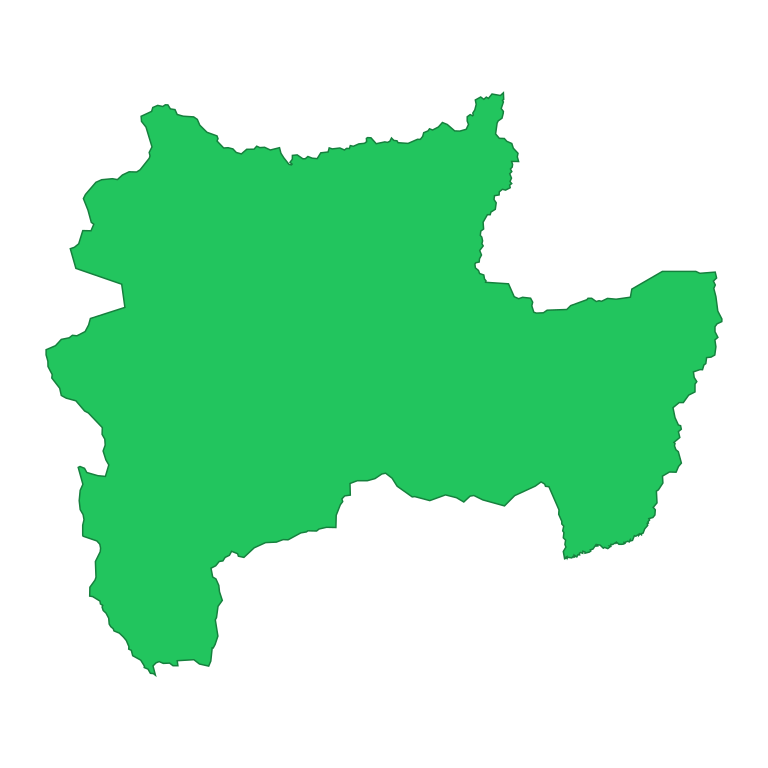 outline of Sunyani West, Brong Ahafo, Ghana
{"feature_id": "2480657B93462158202754", "entity_name": "Sunyani West", "entity_type": "district", "adm_level": 2, "iso_a3": "GHA", "parent_name": "Ghana", "parent_adm1": "Brong Ahafo", "projection": "orthographic", "projection_center": [-2.305, 7.424], "detail": "fine", "context": "isolated", "style": "filled", "palette": "green", "viewbox_px": 768, "rotation_deg": 0, "n_neighbors": 0, "source": "geoboundaries", "source_scale": "gbopen_adm2", "svg_char_len": 6069}
<svg xmlns="http://www.w3.org/2000/svg" viewBox="0 0 768 768"><path d="M503.4,92.8L500.4,95.5L492.0,94.0L488.4,98.4L486.3,97.1L483.8,99.3L480.7,97.0L475.3,100.0L476.2,104.4L474.8,109.9L472.8,113.1L473.3,115.0L472.6,115.8L470.2,114.6L467.2,116.8L467.2,121.0L468.5,124.4L466.2,129.3L459.8,131.1L454.7,130.9L447.3,124.5L442.4,122.5L438.4,127.0L432.6,130.0L429.5,128.8L428.0,130.9L423.7,132.7L422.7,136.4L420.3,139.4L417.5,139.3L408.1,143.4L398.1,142.7L397.0,140.8L393.8,140.4L391.5,138.0L389.8,141.3L387.5,142.4L384.8,141.9L376.2,143.7L371.0,137.8L367.6,137.6L366.4,138.4L366.6,141.7L364.5,143.3L358.8,143.9L353.3,146.3L350.3,145.6L349.4,148.5L346.5,148.4L344.5,150.0L339.9,148.0L332.3,148.9L329.2,147.9L328.1,152.0L320.8,152.8L317.2,158.6L312.3,158.2L307.9,156.5L305.3,158.7L302.9,158.8L297.2,154.9L292.4,155.4L292.3,159.3L290.0,162.3L292.1,164.1L291.4,164.9L289.0,164.4L283.8,157.8L280.9,153.2L279.5,147.7L270.3,150.0L264.6,147.3L259.8,147.6L256.7,146.2L254.0,149.2L246.7,149.3L241.4,153.9L236.3,152.5L232.9,148.9L228.1,147.7L223.7,148.0L217.0,141.0L218.0,138.7L217.0,135.9L207.0,132.3L199.8,125.2L197.3,119.4L193.7,116.9L183.2,116.2L177.2,114.5L175.0,109.6L170.4,108.9L167.9,104.9L165.3,104.8L162.8,106.5L157.7,105.4L152.8,107.5L151.6,111.4L141.1,116.3L141.5,121.4L146.0,127.1L152.0,146.9L149.2,152.4L150.0,155.9L149.3,158.2L140.1,169.8L136.6,172.0L129.1,171.8L122.4,175.0L117.4,179.6L112.4,178.7L101.7,179.7L95.9,182.3L85.5,194.4L83.4,198.6L88.0,210.2L91.3,222.4L93.8,224.2L91.0,230.8L82.8,230.6L78.7,243.8L74.4,247.3L70.3,248.7L75.9,268.4L121.7,284.2L124.9,307.4L90.4,318.5L88.6,325.0L85.1,331.6L76.9,335.8L72.4,335.3L69.2,337.8L61.3,339.4L55.5,345.7L46.1,349.7L46.1,354.9L47.9,361.3L48.0,366.5L52.2,374.6L51.8,378.0L59.7,388.2L61.3,395.5L66.3,398.2L75.9,400.8L84.6,411.0L88.3,412.9L102.3,427.6L102.1,434.4L104.8,439.1L105.2,445.1L103.1,451.0L105.9,459.9L108.8,464.9L105.4,476.4L97.9,475.7L86.8,472.5L84.5,468.3L80.0,466.5L78.2,467.4L82.9,484.3L80.2,490.3L79.2,500.6L80.2,509.6L83.1,514.6L84.0,519.7L82.7,525.2L82.7,535.3L83.1,536.2L96.8,540.9L99.8,544.2L100.6,548.2L100.2,551.8L95.4,561.5L96.0,577.2L95.0,580.1L89.9,587.2L89.7,596.1L92.7,596.6L100.0,601.1L100.4,603.9L102.7,605.4L102.1,607.1L103.2,610.5L106.0,613.1L108.7,618.2L109.2,624.1L110.8,626.7L113.2,628.7L114.0,630.9L119.3,633.1L123.2,636.8L126.3,640.5L128.9,646.6L128.7,649.1L131.3,650.3L132.7,655.7L140.7,660.1L144.4,666.1L144.2,667.5L148.0,669.1L150.4,673.3L153.4,673.6L155.4,675.2L153.0,665.9L156.1,662.8L159.2,661.6L163.3,663.4L169.6,663.1L173.0,665.7L177.9,665.7L177.2,660.7L193.9,659.7L199.4,664.0L208.7,666.1L210.8,661.1L212.2,647.8L213.2,648.0L215.1,644.5L217.9,636.1L215.3,619.8L216.5,617.6L218.0,606.4L222.3,600.4L219.5,591.8L218.8,585.4L215.9,578.9L212.7,577.0L211.0,568.2L215.7,565.8L219.2,561.5L222.9,560.9L225.1,557.4L229.4,555.3L231.6,551.3L237.6,553.7L238.4,556.2L243.9,557.4L254.2,547.8L265.6,542.6L276.4,542.1L283.1,539.6L288.1,539.8L300.8,532.9L306.5,531.9L307.8,530.8L316.6,531.0L319.1,529.0L326.5,527.3L335.9,527.5L336.2,515.3L340.3,504.8L342.7,501.6L341.9,498.9L344.7,495.9L350.3,495.1L350.0,483.5L357.3,480.7L367.4,480.7L375.0,478.6L381.8,474.0L385.6,473.2L392.1,478.2L397.1,486.2L412.2,496.9L414.8,496.6L429.8,500.6L445.5,494.9L456.5,497.7L463.8,502.0L470.1,496.1L473.9,495.5L482.8,499.9L504.5,505.9L514.7,495.6L535.3,486.1L541.1,481.9L544.7,484.1L545.5,486.3L548.9,486.7L559.0,509.9L558.7,514.3L561.8,521.4L561.8,524.0L563.7,526.1L562.7,530.9L563.9,532.5L563.3,537.8L565.6,540.1L564.9,544.4L565.9,547.1L563.3,551.5L564.6,558.8L566.4,558.1L565.5,557.5L567.0,556.5L567.3,558.1L567.7,557.3L571.8,557.9L573.2,556.3L573.9,557.3L574.8,556.8L574.4,555.3L576.8,556.9L578.0,554.7L579.6,554.9L579.4,553.3L580.6,552.5L582.7,553.3L582.9,551.2L585.0,552.0L585.0,553.2L589.3,552.1L590.8,551.0L590.3,549.8L592.9,549.1L595.8,545.0L596.1,546.1L597.8,545.9L597.4,544.7L600.1,545.1L603.3,548.2L604.6,547.4L607.8,548.6L610.2,546.7L609.6,546.1L610.9,546.3L610.9,544.4L612.7,544.5L616.2,542.3L616.2,543.2L617.2,542.7L618.9,544.3L621.9,544.3L623.8,544.0L624.0,542.6L625.4,543.7L624.8,542.5L627.6,541.3L629.3,541.9L630.2,539.8L630.6,540.9L632.5,540.4L634.4,535.7L635.8,536.2L638.9,534.2L638.8,535.3L640.2,533.8L641.5,534.8L641.7,533.5L643.1,533.1L644.7,528.9L647.7,525.4L647.2,523.4L648.4,523.1L648.0,521.8L649.6,520.0L648.8,518.6L652.9,517.5L654.9,515.0L655.3,509.8L653.2,507.4L657.0,502.9L656.4,491.1L658.4,489.9L662.9,483.0L662.5,476.1L669.5,472.0L676.1,472.2L678.5,466.5L681.4,463.1L678.3,451.7L675.9,449.7L674.5,445.9L675.0,443.4L673.9,442.4L679.8,437.5L678.4,431.6L681.3,429.2L680.6,425.7L678.4,425.0L675.0,417.6L673.0,407.7L679.1,402.6L683.3,402.6L688.7,395.1L695.0,391.9L695.0,384.1L696.8,381.6L694.2,377.5L693.4,371.9L700.0,369.6L702.5,369.7L703.9,365.0L705.8,363.6L706.6,357.6L711.1,357.1L714.8,355.0L715.9,346.8L714.9,339.9L717.9,337.4L715.0,331.7L715.0,326.7L717.1,323.8L721.8,321.6L721.9,319.0L717.8,311.1L715.9,296.6L713.8,288.4L715.3,285.0L713.4,281.1L716.6,278.0L715.2,272.1L699.9,273.3L695.8,271.4L662.4,271.4L631.8,289.1L630.4,297.2L616.1,299.2L607.5,298.4L601.5,301.3L599.1,300.7L596.2,301.5L591.7,298.3L588.0,298.3L586.9,299.7L570.7,305.6L566.8,309.5L547.1,310.2L543.4,312.8L536.4,313.1L533.8,312.2L531.8,305.8L532.7,302.2L530.6,298.2L522.6,297.3L518.6,298.7L514.2,296.7L508.5,283.8L485.6,282.3L486.0,280.8L484.5,279.0L483.8,275.0L479.6,273.5L478.5,270.5L475.4,267.9L474.9,264.1L475.7,262.8L479.2,262.0L479.5,258.8L481.5,255.0L479.7,250.5L483.2,245.9L481.9,243.7L482.6,240.9L481.8,237.1L480.3,235.4L480.8,231.1L483.6,229.0L483.1,222.2L487.4,214.7L490.2,214.7L490.9,212.1L495.3,209.3L496.2,202.8L494.0,199.5L494.5,195.7L499.1,194.9L499.3,191.8L502.4,189.3L505.6,190.1L510.2,187.7L509.6,185.1L511.7,183.6L510.0,181.5L511.5,178.1L509.7,173.7L511.8,171.6L510.4,169.0L512.2,167.1L512.6,164.4L511.6,161.4L518.6,161.5L517.3,156.8L518.0,153.3L513.3,148.2L511.8,143.5L506.8,141.3L504.3,138.5L499.3,138.3L495.6,133.9L497.1,123.1L498.2,120.9L502.0,118.2L503.2,113.4L503.4,111.4L501.2,108.6L503.4,102.0L502.5,100.4L503.7,99.4L503.4,92.8Z" fill="#22c55e" stroke="#15803d" stroke-width="1.5"/></svg>